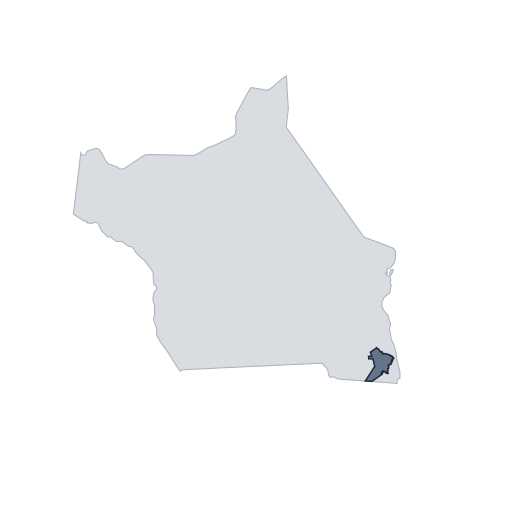 Kinango, Coast, Kenya (highlighted), rotated 325°
{"feature_id": "3690345B23512246754033", "entity_name": "Kinango", "entity_type": "district", "adm_level": 2, "iso_a3": "KEN", "parent_name": "Kenya", "parent_adm1": "Coast", "projection": "robinson", "projection_center": [39.255, -3.945], "detail": "fine", "context": "in_parent", "style": "filled", "palette": "slate", "viewbox_px": 512, "rotation_deg": 325, "n_neighbors": 0, "source": "geoboundaries", "source_scale": "gbopen_adm2", "svg_char_len": 6167}
<svg xmlns="http://www.w3.org/2000/svg" viewBox="0 0 512 512"><g transform="rotate(325 256 256)"><path d="M127.9,307.0L127.8,300.8L128.6,285.0L128.4,271.2L129.1,264.2L132.2,259.8L133.6,256.6L134.6,252.2L136.2,248.5L139.8,245.6L140.4,243.9L144.2,239.0L146.5,232.6L148.2,230.5L150.4,228.5L151.9,227.4L154.4,226.4L156.3,225.8L156.7,225.3L156.8,224.2L156.2,220.3L157.0,219.0L158.4,216.4L159.9,213.9L161.3,212.4L162.0,210.8L162.4,208.0L162.5,206.0L162.4,202.8L162.0,195.5L160.4,189.4L159.4,182.6L160.2,180.3L158.9,176.3L158.3,176.1L157.2,175.2L155.9,171.5L154.9,168.0L154.3,167.2L150.0,164.2L147.9,157.1L145.5,155.5L144.2,148.4L143.9,146.4L145.3,139.4L145.2,137.8L143.7,136.3L139.7,134.7L136.4,131.8L136.9,130.8L137.1,129.8L135.4,129.1L130.4,117.0L136.8,109.8L143.4,102.5L151.7,93.2L159.4,84.7L166.0,77.3L171.9,70.8L171.8,72.0L171.8,73.7L172.5,74.7L173.8,75.4L175.4,74.7L176.9,73.6L178.4,73.4L187.2,76.2L188.7,78.5L188.6,81.1L189.0,83.0L188.3,84.8L187.6,90.5L187.8,95.6L190.4,99.5L192.8,102.5L194.7,106.7L196.1,108.0L198.0,108.7L204.1,108.9L213.1,109.1L221.8,109.4L222.6,109.5L224.4,110.1L232.4,115.8L239.7,121.0L245.9,125.6L251.9,130.0L257.8,134.3L262.3,137.8L266.8,138.9L274.0,139.4L279.1,139.6L283.7,141.1L290.6,142.5L295.8,143.2L298.9,144.0L307.5,144.8L308.9,144.4L312.7,140.4L317.0,134.0L318.7,130.4L324.2,126.9L333.9,122.0L340.7,118.6L348.3,115.1L351.7,118.1L356.5,123.0L358.6,125.3L360.3,126.4L362.9,127.1L366.1,127.1L367.8,127.0L371.3,126.4L379.5,125.8L384.2,125.9L380.3,132.3L375.5,139.9L366.8,154.1L360.2,161.5L355.2,167.2L354.7,168.2L354.7,174.4L354.8,189.8L354.9,220.4L355.0,251.1L355.1,281.7L355.2,297.1L355.2,302.2L359.6,308.7L363.9,314.9L369.6,323.3L372.6,327.7L373.1,329.2L373.0,332.2L368.3,338.5L364.5,341.3L359.3,342.7L357.8,342.4L355.7,341.5L354.9,343.0L354.3,345.3L353.2,344.8L352.3,344.2L352.8,348.3L353.4,350.4L352.6,353.1L350.1,355.5L349.9,357.6L344.4,362.9L336.7,363.5L332.7,366.2L330.9,368.3L329.5,373.1L330.0,380.4L327.9,386.0L327.4,388.8L323.5,392.4L321.7,395.8L320.4,399.2L319.3,400.7L317.9,408.3L316.1,412.9L315.6,414.4L315.1,415.8L313.7,418.5L312.8,420.4L312.1,421.6L307.4,433.5L303.7,438.8L300.9,438.2L299.0,440.3L298.8,441.2L297.7,440.7L295.3,438.7L290.4,434.7L285.5,430.7L280.6,426.7L275.6,422.7L270.7,418.6L265.8,414.6L260.9,410.6L255.9,406.6L253.0,404.2L251.8,402.8L250.7,400.0L250.3,399.4L248.9,398.5L247.4,398.3L247.0,397.8L247.0,396.4L247.5,394.5L249.3,390.8L249.5,388.6L249.2,386.2L248.6,382.2L248.1,381.3L244.8,379.3L238.0,374.9L231.1,370.6L224.3,366.3L217.4,361.9L210.6,357.6L203.7,353.3L196.9,349.0L190.1,344.6L183.2,340.3L176.4,336.0L169.5,331.6L162.7,327.3L155.8,323.0L148.9,318.7L142.1,314.3L135.2,310.0L132.7,308.4L130.3,307.0L127.9,307.0ZM355.7,349.1L354.5,349.4L355.1,347.3L358.6,344.6L360.1,345.2L360.3,345.8L360.3,346.4L359.7,346.9L355.7,349.1Z" fill="#d9dde1" stroke="#a8b0b8" stroke-width="1"/><path d="M309.9,415.7L309.5,415.5L309.3,415.5L309.2,415.7L309.2,415.8L309.1,415.7L309.1,415.3L309.2,415.2L309.2,414.9L309.2,414.6L308.8,414.4L308.7,414.3L308.6,414.2L308.6,413.8L308.7,413.7L308.4,413.5L308.4,413.4L308.3,413.2L308.2,412.9L307.9,412.6L307.7,412.6L307.6,412.2L307.6,411.9L307.2,411.7L307.0,411.4L306.9,411.3L306.7,411.0L306.6,410.9L306.4,410.8L306.1,410.7L305.6,410.1L305.6,409.9L305.4,409.9L305.2,409.7L304.9,409.5L304.7,409.7L304.4,409.7L304.3,409.4L304.2,409.4L303.9,409.1L303.8,408.8L303.9,408.7L303.7,408.5L303.9,408.3L303.9,408.2L304.0,408.2L304.2,407.9L303.9,407.7L304.0,407.6L304.2,407.4L304.3,407.1L304.2,406.9L304.2,406.6L303.9,406.6L303.7,406.6L303.5,406.4L303.3,406.4L303.1,406.2L303.1,405.9L303.1,405.7L303.0,405.4L302.8,405.3L302.8,405.2L302.8,404.9L303.0,404.8L303.0,404.7L303.0,404.4L303.0,404.2L303.0,403.7L303.0,403.3L303.0,403.2L302.9,402.9L302.7,402.9L302.7,402.7L302.7,402.4L302.8,402.4L302.7,401.9L302.8,401.8L302.8,401.7L302.7,401.3L302.4,401.2L302.2,401.1L302.1,400.9L302.0,400.7L301.9,400.7L301.9,400.4L301.9,400.2L301.7,400.3L301.4,400.3L301.1,400.4L294.4,400.4L293.9,402.6L293.4,404.6L290.6,402.7L289.9,404.1L289.4,405.0L290.8,405.9L292.8,407.3L289.9,414.6L287.3,415.6L285.8,416.2L273.9,421.1L279.1,425.2L291.6,425.2L291.4,423.8L291.5,423.7L291.7,423.9L291.8,424.1L292.0,424.2L292.3,424.2L292.4,424.3L292.5,424.2L292.7,423.9L292.8,423.8L293.0,423.6L292.9,423.5L293.0,423.5L293.0,423.4L293.0,423.2L293.3,423.1L293.4,423.4L293.4,423.6L293.5,423.7L293.8,423.4L294.0,423.4L294.0,423.5L294.1,423.4L293.9,423.1L294.0,423.1L294.3,423.0L294.4,423.4L294.4,423.5L294.5,423.6L294.3,423.7L294.2,423.7L294.2,423.9L294.3,423.9L294.3,424.0L294.2,424.1L294.4,424.2L294.4,424.3L294.6,424.4L294.7,424.5L294.8,424.6L295.0,424.4L295.2,424.6L295.1,424.8L295.3,425.0L295.5,425.1L295.8,425.4L295.8,425.6L295.7,425.7L295.8,425.7L295.8,425.8L295.8,426.0L295.8,426.3L295.9,426.5L295.7,426.9L295.9,427.2L295.9,427.4L296.0,427.5L296.4,427.7L296.5,427.5L296.7,427.8L296.8,427.9L297.0,427.8L297.0,427.7L297.1,427.4L297.0,427.2L297.0,426.9L297.3,426.7L297.5,426.4L297.7,426.1L297.9,425.9L298.4,425.5L298.5,425.2L298.9,424.7L299.0,424.2L299.2,423.9L299.3,424.0L299.5,424.3L299.7,424.2L299.8,424.2L300.2,424.1L300.4,424.0L300.5,424.0L300.7,423.9L300.9,423.3L301.1,422.9L301.1,422.7L301.2,422.4L301.1,422.2L301.2,421.8L301.2,421.7L301.3,421.6L301.5,421.5L301.7,421.4L301.8,421.4L301.9,421.5L302.0,421.6L302.3,421.5L302.3,421.4L302.5,421.5L302.8,421.7L303.2,421.6L303.2,421.8L303.3,421.8L303.4,421.6L303.5,421.6L303.6,421.4L303.7,421.5L303.8,421.6L303.5,422.0L303.8,422.1L304.0,421.8L304.1,421.7L304.3,421.8L304.5,421.9L304.7,421.7L304.8,421.7L304.9,421.8L305.0,421.7L305.3,421.3L305.4,421.2L305.5,421.1L305.6,420.8L305.7,420.6L305.8,420.7L305.8,420.8L306.0,420.9L306.0,420.7L306.1,420.4L306.4,420.4L306.6,420.2L306.8,420.5L307.0,420.4L307.4,420.2L307.6,420.1L307.6,419.8L307.8,419.9L308.0,419.8L308.1,419.6L308.3,419.5L308.3,419.4L308.1,419.2L308.0,419.3L307.9,419.3L307.9,419.2L307.9,418.9L308.2,418.7L308.4,418.7L308.4,418.8L308.5,418.8L308.6,418.7L308.8,418.8L309.0,418.8L309.4,418.8L309.9,419.1L310.0,419.0L310.2,418.9L310.2,417.6L310.3,417.4L310.2,417.3L310.2,417.1L309.8,416.9L309.7,416.8L309.7,416.6L309.8,416.5L309.8,416.4L309.9,416.2L309.9,415.7Z" fill="#64748b" stroke="#1e293b" stroke-width="1.5"/></g></svg>